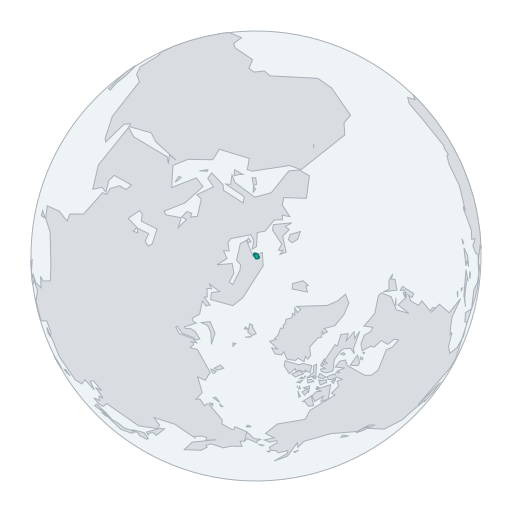 globe centered on Telemark, rotated 179°
{"feature_id": "NOR-922", "entity_name": "Telemark", "entity_type": "County", "adm_level": 1, "iso_a3": "NOR", "parent_name": "Norway", "parent_adm1": "", "projection": "orthographic", "projection_center": [8.804, 59.491], "detail": "fine", "context": "on_globe", "style": "filled", "palette": "teal", "viewbox_px": 512, "rotation_deg": 179, "n_neighbors": 0, "source": "natural_earth", "source_scale": "10m", "svg_char_len": 12042}
<svg xmlns="http://www.w3.org/2000/svg" viewBox="0 0 512 512"><g transform="rotate(179 256 256)"><circle cx="256" cy="256" r="225" fill="#eef3f6" stroke="#a8b0b8"/><path d="M30.7,259.4L31.8,262.1L33.4,249.6L33.5,243.7L32.5,242.7L34.8,221.4L38.1,209.0L58.1,150.2L63.0,141.9L67.5,136.6L96.5,104.5L73.6,126.6L80.6,117.4L90.4,107.1L90.0,108.6L103.4,97.8L112.8,89.6L130.8,80.7L147.0,81.7L140.9,84.9L145.6,85.1L153.5,81.3L157.6,78.8L184.2,77.1L211.3,69.9L217.5,64.0L218.0,68.4L228.2,55.3L241.4,50.7L227.9,58.2L227.6,60.9L237.2,58.7L239.0,61.0L244.7,61.4L246.0,64.5L238.0,69.0L238.6,71.2L245.4,69.6L251.0,71.9L240.9,73.9L249.6,78.3L237.8,87.6L209.8,91.8L204.6,100.8L179.3,115.7L182.9,117.4L175.6,124.7L177.1,129.4L172.0,131.2L177.6,133.5L182.0,131.1L185.9,131.3L187.2,134.0L180.9,136.6L179.3,135.6L178.1,137.8L174.4,138.0L177.0,139.5L169.2,142.5L178.7,143.6L174.0,149.4L168.4,150.4L166.7,144.9L149.3,134.8L143.0,134.7L135.9,139.7L127.3,160.1L121.3,162.4L114.9,169.6L119.2,170.5L125.8,165.4L132.2,169.3L139.4,162.9L143.1,163.7L151.5,159.6L152.6,166.1L149.2,174.8L142.3,178.7L140.6,182.7L149.2,184.1L138.2,196.5L134.3,214.2L131.2,217.0L121.6,212.9L116.7,199.8L104.2,195.9L114.7,204.6L106.8,212.0L106.5,216.0L108.3,219.4L112.3,219.1L110.1,223.1L98.9,215.6L100.7,211.8L104.3,214.1L101.8,208.2L94.3,203.8L90.9,208.3L83.0,198.0L80.5,201.2L77.4,201.0L81.9,196.5L73.5,204.6L63.8,195.9L52.2,209.8L61.0,191.6L62.5,182.9L63.3,174.0L61.3,176.1L65.1,162.4L63.9,155.4L56.5,160.9L49.8,172.5L46.2,186.4L48.3,186.4L47.6,195.6L41.3,199.6L38.8,218.6L35.2,225.3L33.5,234.7L34.0,242.3L33.9,253.4L36.3,254.9L39.0,262.5L36.6,269.6L40.0,268.9L40.2,278.0L47.1,297.8L46.0,297.9L51.4,322.8L61.2,344.0L63.4,353.1L61.9,354.1L66.2,361.0L66.3,363.1L86.8,389.5L100.1,405.8L101.6,411.9L94.3,409.6L96.1,414.7L84.4,401.9L73.7,388.4L64.1,374.0L55.6,359.0L48.3,343.4L42.3,327.2L37.4,310.6L33.9,293.7L31.7,276.6L30.7,259.4ZM48.8,212.9L46.3,238.6L44.5,228.1L45.4,229.2L46.7,221.7L48.1,210.1L47.4,201.5L48.8,212.9ZM54.9,215.0L55.1,211.2L55.3,214.5L54.9,215.0ZM159.1,77.4L153.5,81.0L145.6,83.8L150.1,80.4L159.1,77.4ZM174.3,73.4L172.1,75.5L167.2,74.5L169.9,73.6L174.3,73.4ZM221.5,59.5L216.6,61.1L220.8,58.8L221.5,59.5ZM245.3,60.9L246.1,59.8L248.7,60.5L245.3,60.9ZM150.3,156.3L150.8,157.9L149.0,157.8L150.3,156.3ZM153.4,153.1L150.8,151.9L151.9,150.2L153.5,151.0L153.4,153.1ZM253.0,66.0L256.9,67.7L251.6,66.7L253.0,66.0ZM156.3,155.1L154.2,147.4L156.2,144.5L163.7,145.2L156.3,155.1ZM258.3,69.2L267.9,73.5L270.6,71.2L268.4,80.4L261.0,73.5L253.9,72.5L258.2,71.3L258.3,69.2ZM182.8,129.1L178.2,131.9L180.9,127.2L182.8,129.1ZM183.6,126.1L186.2,111.8L193.7,109.3L191.3,114.5L200.0,109.5L202.4,115.3L198.1,119.3L192.8,119.7L197.8,121.7L183.6,126.1ZM265.6,84.9L266.7,86.8L264.0,85.7L265.6,84.9ZM187.7,131.1L187.6,128.3L194.0,125.9L195.5,131.1L192.9,130.2L187.7,131.1ZM201.1,105.5L206.2,104.8L209.5,109.2L211.9,109.6L203.1,115.2L201.1,105.5ZM192.1,132.1L196.1,133.8L194.2,137.4L188.3,133.7L192.1,132.1ZM195.1,123.2L198.2,122.4L197.0,124.5L195.1,123.2ZM189.7,151.7L189.4,148.2L192.7,146.6L189.7,151.7ZM197.7,134.2L198.3,132.9L199.6,132.0L201.7,133.8L197.7,134.2ZM206.0,118.1L206.3,120.1L209.8,116.0L212.4,119.3L206.0,122.5L209.9,122.5L210.7,123.6L204.6,125.1L206.0,118.1ZM207.8,132.9L200.6,138.5L200.4,145.2L197.4,146.8L198.2,135.7L207.8,132.9ZM206.4,128.2L206.6,131.4L202.8,131.6L200.4,129.4L206.4,128.2ZM216.5,120.5L214.1,114.5L215.6,114.0L216.5,120.5ZM208.5,134.8L210.2,133.4L208.9,135.3L208.5,134.8ZM214.9,124.8L213.8,122.7L215.6,122.2L214.9,124.8ZM214.5,132.6L212.2,134.3L210.4,132.9L214.5,132.6ZM215.3,129.0L217.9,128.8L211.2,131.3L214.5,128.1L215.3,129.0ZM216.7,124.6L217.3,123.7L216.9,125.6L216.7,124.6ZM222.4,137.2L214.5,140.7L210.6,137.4L218.9,134.4L222.4,137.2ZM480.6,239.1L480.8,241.7L479.8,238.8L479.2,242.0L476.8,233.4L471.4,228.0L471.8,239.4L469.3,234.7L462.0,234.8L461.2,251.1L461.5,283.8L465.6,297.4L463.9,309.9L451.8,304.1L444.3,294.1L441.3,301.3L427.7,300.9L408.2,322.0L404.2,320.1L400.8,325.9L391.1,328.6L384.6,324.6L379.3,329.2L396.3,339.1L401.9,334.1L404.9,322.5L408.8,327.4L418.0,325.6L412.0,349.8L381.1,386.7L376.1,377.3L342.6,356.4L342.5,351.8L342.3,351.4L341.8,350.6L340.7,358.6L334.3,353.3L354.3,372.0L358.5,380.9L380.7,387.7L379.1,390.4L385.6,390.1L404.3,372.6L404.8,376.1L397.2,398.1L369.6,432.2L372.2,439.6L368.4,447.1L348.9,458.9L348.2,461.1L337.8,465.7L335.6,466.7L335.4,466.8L318.8,472.4L301.8,476.6L284.6,479.5L278.4,479.8L266.7,474.5L274.6,469.0L273.2,464.4L256.0,452.3L259.9,443.7L254.8,439.9L244.6,440.8L238.5,435.8L232.2,435.4L191.2,432.6L177.6,422.8L159.0,395.0L165.7,387.7L165.1,375.5L209.5,341.5L220.9,345.9L258.2,340.9L263.2,342.4L261.0,353.7L290.7,363.3L297.7,353.0L322.5,353.8L337.5,348.0L339.1,326.0L314.4,335.1L307.9,326.3L326.0,310.4L347.2,302.4L345.4,298.7L330.2,295.6L333.2,285.7L324.7,293.8L329.5,296.4L324.3,301.7L319.5,299.7L320.8,296.1L313.9,296.7L309.7,313.9L314.1,318.4L297.1,325.9L302.9,334.4L298.9,339.9L287.6,327.7L287.3,322.2L267.9,309.2L266.7,315.5L284.9,328.4L280.1,328.1L278.6,337.3L275.9,330.0L256.2,314.8L239.6,319.0L221.7,340.5L211.3,341.2L201.2,335.3L204.6,312.8L227.3,313.9L228.8,306.5L221.5,294.8L229.1,296.3L228.9,291.8L237.2,291.6L246.3,280.8L254.4,279.4L255.4,265.4L259.7,262.9L257.9,271.8L260.9,277.4L280.7,273.9L283.8,270.3L282.8,261.6L288.4,261.9L285.0,254.0L295.1,247.9L279.9,248.9L278.4,239.3L283.1,230.5L279.9,227.7L272.2,242.1L271.6,247.7L275.5,252.2L271.5,268.5L265.2,271.9L259.1,256.0L249.6,259.4L249.0,246.1L270.0,214.5L280.1,206.8L302.1,213.3L301.2,220.2L292.9,221.1L302.9,228.7L301.0,224.0L305.6,224.5L305.4,215.9L308.6,215.8L302.8,207.9L306.8,206.9L310.4,211.9L313.4,198.9L320.9,194.8L320.0,191.9L316.9,190.0L328.6,186.4L327.4,184.5L323.1,184.9L318.0,181.4L313.6,173.9L317.8,173.1L320.0,175.6L331.1,180.0L336.2,187.3L337.5,186.2L334.0,179.7L320.6,174.4L316.7,170.2L323.3,171.7L320.6,170.8L320.0,168.5L323.4,165.5L316.2,163.4L303.8,140.3L309.1,132.6L316.4,136.2L312.2,120.4L318.5,113.7L314.6,114.0L309.9,107.1L307.9,109.0L305.6,108.7L292.7,92.7L293.0,88.7L283.0,82.9L280.9,83.1L280.1,85.7L268.4,80.4L270.6,71.2L275.1,71.1L273.4,65.8L283.9,66.4L291.8,64.7L304.3,69.0L309.4,67.6L308.2,65.7L314.2,62.7L331.1,63.6L323.0,71.0L298.8,73.0L309.2,72.7L308.5,75.3L313.2,76.9L320.4,76.7L320.2,75.1L340.2,89.3L360.8,96.2L355.3,88.6L357.6,85.2L376.2,88.2L407.9,111.1L411.2,108.3L415.2,110.2L420.6,117.0L415.0,114.3L415.4,118.7L411.4,116.4L418.3,127.0L412.8,124.2L420.8,134.2L423.9,133.5L419.9,124.9L429.2,135.2L432.3,131.1L438.9,135.4L454.5,159.1L461.2,176.8L462.9,179.5L462.3,183.2L466.4,194.8L471.4,194.9L473.0,198.6L477.4,217.7L476.6,215.4L475.1,225.2L478.4,236.2L479.6,231.0L480.2,233.5L480.6,239.1ZM196.7,363.0L196.1,366.9L196.7,363.0ZM371.7,303.4L383.1,295.9L374.6,286.5L378.3,283.0L374.0,281.2L373.9,285.9L362.9,280.2L366.6,272.6L363.5,267.7L359.5,270.0L354.5,284.7L370.1,292.9L369.0,300.1L371.7,303.4ZM47.4,298.3L47.9,302.1L46.6,299.0L47.4,298.3ZM42.6,229.4L42.8,233.7L42.4,237.0L41.9,234.1L42.6,229.4ZM48.8,264.5L49.9,269.8L48.1,265.5L48.8,264.5ZM46.3,242.5L47.9,260.5L44.4,252.9L43.6,241.6L45.1,247.7L46.3,242.5ZM51.4,217.0L51.2,220.1L50.1,220.6L51.4,217.0ZM55.1,217.5L54.9,216.6L55.7,214.3L55.1,217.5ZM107.5,212.4L108.3,213.2L109.4,217.1L107.4,216.2L107.5,212.4ZM123.5,229.5L119.6,235.6L121.0,230.5L117.4,230.2L115.7,219.4L129.6,217.9L123.6,220.4L123.5,229.5ZM117.4,205.0L116.9,211.7L116.9,204.4L117.4,205.0ZM219.7,268.6L223.4,271.8L221.4,277.0L211.2,279.7L213.9,272.1L219.7,268.6ZM229.0,275.2L225.8,259.2L232.0,257.2L229.1,261.0L233.5,261.3L230.0,267.5L239.1,281.6L238.0,287.1L219.7,288.5L226.3,284.9L222.3,281.8L229.0,275.2ZM206.5,225.1L205.2,219.0L220.4,222.4L219.9,227.7L209.6,230.5L204.2,225.8L206.5,225.1ZM170.1,158.1L168.6,156.2L170.3,155.4L173.0,156.4L170.1,158.1ZM189.3,150.2L178.4,166.0L176.1,164.5L172.5,176.1L165.1,176.7L167.7,169.1L159.3,178.5L158.7,171.9L153.6,178.8L160.2,161.8L159.4,156.5L163.2,162.1L170.0,161.6L172.7,159.9L179.6,151.0L181.1,139.8L188.1,137.8L192.7,139.4L193.4,141.8L188.6,142.3L193.0,145.1L186.6,147.7L189.3,150.2ZM241.9,163.9L236.1,162.7L243.8,170.4L237.5,172.3L238.7,173.1L235.0,177.1L232.8,183.4L229.6,183.4L230.1,185.9L227.6,188.7L227.2,192.2L221.4,193.5L220.4,198.0L218.2,196.1L218.1,203.4L215.5,198.6L212.1,202.1L216.4,204.9L185.8,205.3L175.0,209.7L167.3,216.2L163.9,207.5L169.0,196.1L178.3,185.0L189.3,182.2L185.8,179.0L190.0,176.8L191.0,180.2L191.9,173.6L195.7,172.8L204.0,163.9L203.1,155.3L206.1,152.0L208.3,155.0L209.8,149.6L216.0,153.1L218.4,150.9L226.8,152.3L229.8,159.7L232.2,156.7L238.7,157.8L241.9,163.9ZM224.8,137.8L229.7,145.8L228.7,150.8L214.4,146.3L211.4,147.8L202.2,145.5L203.9,138.3L206.3,139.6L209.1,139.2L207.5,141.6L210.9,139.4L214.4,141.2L218.0,140.0L218.7,142.8L224.8,137.8ZM267.6,337.7L271.3,337.8L276.7,336.6L275.8,342.6L267.6,337.7ZM254.1,327.6L257.2,326.7L258.6,334.2L254.9,334.2L254.1,327.6ZM257.7,319.9L257.3,326.0L255.2,322.7L257.7,319.9ZM260.6,270.5L263.8,269.1L264.6,271.0L263.4,274.2L260.6,270.5ZM263.4,188.5L260.3,186.6L260.9,185.3L257.2,178.3L261.5,176.5L265.5,180.0L263.4,188.5ZM335.6,331.3L332.0,336.9L329.4,335.9L331.1,334.2L335.6,331.3ZM303.0,341.6L311.1,342.1L302.7,343.2L303.0,341.6ZM267.6,185.4L265.5,182.7L269.0,183.5L267.6,185.4ZM264.6,174.9L268.4,175.1L261.6,175.5L264.6,174.9ZM381.3,443.2L373.8,448.0L374.1,447.3L382.1,439.4L392.9,431.0L398.8,424.4L400.5,425.9L382.9,442.2L381.3,443.2ZM481.3,254.3L479.8,256.9L480.3,250.0L480.9,242.3L481.3,254.3ZM466.3,297.7L469.9,300.0L468.5,305.2L466.3,297.7ZM459.6,159.6L459.8,160.1L458.6,157.6L459.2,158.7L459.6,159.6ZM465.1,182.6L466.5,188.2L465.4,186.8L463.0,178.9L465.1,182.6ZM443.9,139.4L448.1,143.6L449.8,145.9L448.4,145.7L443.9,139.4ZM302.1,168.4L302.4,179.9L305.6,187.4L311.9,190.3L303.1,191.3L298.3,179.7L302.1,168.4ZM303.1,143.7L297.6,141.5L299.8,139.5L301.4,139.7L303.1,143.7ZM299.9,144.5L293.5,147.6L290.2,144.4L296.0,142.6L299.9,144.5ZM280.7,166.2L280.5,169.6L277.7,168.8L280.7,166.2ZM457.1,154.5L459.0,158.6L454.2,151.0L452.0,146.5L456.6,153.8L455.7,151.7L457.1,154.5ZM412.8,102.4L410.5,101.8L407.1,97.8L409.7,99.3L412.8,102.4ZM394.1,85.1L405.5,96.5L414.3,106.4L413.8,104.5L419.9,109.2L418.1,110.6L408.5,101.7L402.7,94.8L397.4,91.8L390.3,86.0L385.0,84.7L380.5,81.9L383.5,81.0L394.1,85.1ZM382.9,84.6L371.1,81.4L366.8,75.4L368.4,74.7L375.7,78.6L377.5,81.5L382.9,84.6ZM367.0,78.9L368.6,81.8L354.7,85.4L350.6,84.7L359.0,78.3L361.0,80.8L365.2,81.1L367.0,78.9ZM268.8,85.9L266.9,86.7L267.3,85.0L268.8,85.9ZM304.6,109.9L301.6,109.2L302.2,107.0L304.6,109.9ZM293.6,106.0L295.1,108.9L291.8,106.2L293.6,106.0ZM298.7,115.6L294.8,110.3L301.1,114.9L298.7,115.6Z" fill="#d9dde1" stroke="#a8b0b8" stroke-width="1"/><path d="M258.1,257.8L258.0,257.7L257.9,257.7L257.9,257.8L257.9,257.7L257.7,257.7L257.7,257.4L257.6,257.5L257.5,257.4L257.5,257.5L257.7,257.8L257.8,257.8L257.9,258.0L257.8,257.9L257.8,258.0L257.7,258.0L257.8,258.0L257.7,258.1L257.4,258.2L257.4,258.3L257.5,258.3L257.4,258.3L257.2,258.3L257.1,258.5L257.0,258.4L257.0,258.6L257.3,258.6L257.2,258.7L257.2,258.8L256.9,258.7L256.8,258.4L256.7,258.3L256.5,258.0L256.4,258.0L256.4,257.9L256.2,257.9L256.0,258.0L256.0,258.3L256.0,258.5L255.9,258.5L255.8,258.4L255.6,258.2L255.4,258.2L255.4,258.3L255.3,258.2L255.2,258.2L254.9,258.0L254.8,257.9L254.7,257.9L254.6,258.0L254.4,258.0L254.3,257.9L254.1,257.4L253.9,257.3L253.9,257.2L254.0,257.0L253.9,256.9L253.8,256.7L253.7,256.5L253.6,256.4L253.5,256.2L253.4,256.2L253.5,256.2L253.6,255.9L253.5,255.7L253.4,255.7L253.5,255.5L253.4,255.5L253.4,255.4L253.3,255.2L253.2,255.2L253.2,255.3L253.0,255.2L252.9,255.2L252.7,255.1L252.6,254.9L252.7,254.6L252.8,254.6L252.8,254.4L252.9,254.1L253.0,254.0L253.1,253.9L253.3,253.8L253.4,253.5L253.7,253.4L253.9,253.4L254.1,253.5L254.2,253.4L254.8,253.2L255.0,253.2L255.2,253.3L256.0,253.3L256.2,253.5L256.3,253.5L256.3,253.8L256.4,254.0L256.6,254.1L256.7,254.3L256.8,254.3L256.8,254.5L257.0,254.7L257.1,254.8L257.1,255.0L257.3,255.4L257.3,255.6L257.4,255.8L257.5,255.9L257.6,256.0L257.8,256.2L258.0,256.2L257.9,256.5L258.0,256.5L258.1,256.8L258.2,257.0L258.1,257.3L258.1,257.5L258.1,257.8L258.1,257.8Z" fill="#14b8a6" stroke="#0f766e" stroke-width="1.5"/></g></svg>